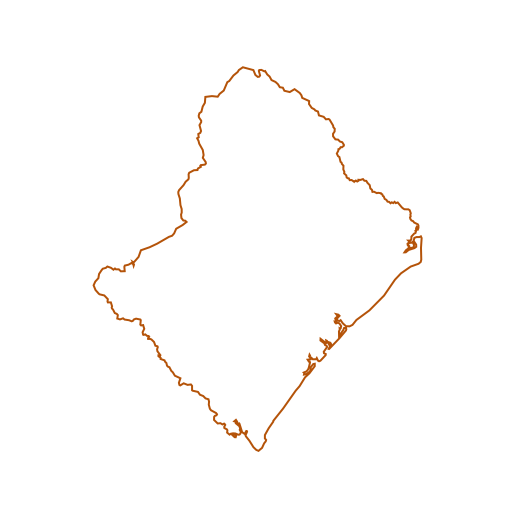 Pebane, Zambezia, Mozambique, rotated 330°
{"feature_id": "85939544B33364168787730", "entity_name": "Pebane", "entity_type": "district", "adm_level": 2, "iso_a3": "MOZ", "parent_name": "Mozambique", "parent_adm1": "Zambezia", "projection": "robinson", "projection_center": [38.512, -16.709], "detail": "fine", "context": "isolated", "style": "outline", "palette": "amber", "viewbox_px": 512, "rotation_deg": 330, "n_neighbors": 0, "source": "geoboundaries", "source_scale": "gbopen_adm2", "svg_char_len": 6150}
<svg xmlns="http://www.w3.org/2000/svg" viewBox="0 0 512 512"><g transform="rotate(330 256 256)"><path d="M122.0,190.8L120.0,191.2L116.9,190.4L115.1,191.1L111.1,193.1L108.4,196.4L104.0,197.8L100.7,200.2L100.0,205.2L101.0,210.1L101.4,211.0L104.9,214.3L106.1,219.3L104.7,221.1L104.5,222.1L107.1,223.6L106.2,227.6L105.3,228.4L105.0,229.5L105.4,230.8L105.2,234.8L106.5,236.5L106.8,238.1L104.6,240.8L106.5,242.9L109.7,243.5L110.4,245.3L114.0,248.2L115.7,250.4L116.8,250.6L118.6,249.9L120.8,250.3L124.1,253.2L124.1,254.0L121.5,257.6L121.8,258.7L123.7,259.4L122.8,263.2L119.7,265.3L118.9,267.7L119.3,268.2L120.9,268.5L121.7,270.7L123.0,271.6L123.1,272.5L121.4,273.2L121.1,273.9L122.9,274.9L123.7,276.0L124.7,279.5L124.0,283.4L125.5,284.9L125.4,285.8L123.7,287.3L123.0,289.2L123.6,294.1L123.2,294.4L121.8,293.3L121.4,294.0L122.5,296.6L121.9,297.5L124.6,300.6L124.4,302.1L124.9,303.8L124.1,306.5L124.5,308.0L125.4,309.0L125.2,313.1L125.8,315.1L125.9,319.1L129.4,324.1L125.8,327.3L125.2,329.4L125.7,330.2L129.7,330.1L132.3,333.4L135.4,334.7L135.7,336.5L133.5,340.3L133.8,341.0L137.8,344.7L138.1,348.1L140.3,350.9L141.1,354.1L143.2,356.3L142.5,358.7L140.8,361.1L139.7,365.2L139.9,367.1L142.9,372.0L143.1,373.6L142.1,374.2L140.4,373.9L139.3,374.4L137.7,377.0L139.1,381.9L141.6,383.0L142.7,385.1L144.6,385.2L144.8,385.6L144.9,386.9L143.0,388.1L142.6,389.2L144.1,391.6L144.1,392.6L142.7,394.5L143.8,397.5L145.2,397.3L147.5,398.1L149.4,399.4L151.3,401.9L152.4,402.4L153.6,402.0L154.9,400.9L155.0,398.4L156.0,397.6L156.5,395.1L154.9,390.8L155.8,390.1L154.5,388.3L156.7,387.9L156.8,390.0L156.2,392.0L156.5,392.6L157.7,392.5L157.8,393.0L155.9,401.6L157.2,404.4L160.1,402.7L160.5,403.0L160.4,403.7L157.3,406.0L157.1,407.1L157.9,412.6L158.2,420.3L159.3,424.1L160.7,426.0L165.3,425.2L169.4,422.3L171.7,421.4L172.8,420.4L172.5,418.4L174.2,415.5L180.9,411.5L188.1,408.1L188.6,407.4L203.1,401.7L223.0,392.5L228.7,390.5L237.8,385.6L243.6,384.3L251.8,380.8L253.0,378.7L251.6,378.2L247.8,379.7L245.8,382.4L244.7,383.0L241.0,383.5L238.3,382.7L239.3,381.6L239.1,380.8L242.0,381.2L244.4,380.3L246.0,379.0L249.6,375.2L249.7,374.4L249.0,374.0L248.9,371.6L251.5,372.7L252.1,371.4L251.8,369.5L253.0,368.3L253.0,369.2L252.1,369.6L251.9,370.2L253.1,371.7L253.4,373.7L256.4,375.5L257.6,374.8L257.4,377.7L258.0,378.7L259.4,378.9L266.7,376.7L267.4,375.8L266.3,374.2L266.8,372.8L272.2,370.3L272.2,369.0L271.3,367.7L271.5,365.7L269.6,361.4L270.5,360.0L273.1,366.5L273.9,366.4L274.6,364.3L275.0,364.9L275.0,370.0L276.3,369.6L276.4,367.6L277.0,368.3L277.0,369.8L276.4,370.8L273.1,372.4L272.5,372.8L272.8,373.1L286.9,369.0L296.6,365.5L297.5,364.7L298.0,363.4L296.3,362.4L294.5,363.8L288.0,366.7L290.2,362.7L291.6,361.8L292.2,360.6L292.4,361.1L293.1,361.0L294.7,359.3L294.5,356.0L293.2,354.5L291.6,354.4L291.2,353.0L291.4,352.2L292.5,353.3L293.4,349.7L296.7,349.0L296.4,346.5L298.0,348.0L298.4,349.6L295.1,350.6L294.5,351.4L294.3,352.5L295.7,354.0L297.2,353.9L297.5,357.6L298.8,361.8L301.9,363.7L305.1,363.9L311.0,361.6L327.0,359.8L347.1,354.3L364.5,346.0L372.9,343.5L384.7,342.5L392.9,344.0L395.7,343.5L397.3,341.8L403.0,331.4L408.4,323.3L408.6,321.4L407.0,321.3L404.6,319.9L402.2,319.5L400.1,321.7L400.4,326.2L399.4,328.1L397.2,328.4L391.2,327.1L387.5,327.7L386.4,327.1L388.7,326.0L392.0,325.6L393.3,323.9L392.8,322.7L393.3,321.2L396.0,320.5L395.6,318.8L397.6,319.9L399.0,319.0L400.3,316.9L404.1,315.7L405.6,315.8L407.1,314.4L406.8,313.9L407.6,313.7L408.5,312.0L409.7,311.2L409.8,312.0L408.8,313.8L409.3,314.1L410.8,312.8L411.9,310.8L412.0,309.5L409.7,306.1L409.5,304.4L408.4,303.0L408.2,301.1L408.7,299.5L409.7,299.1L410.4,297.3L411.4,296.4L412.0,293.2L411.3,291.8L408.0,289.8L407.4,288.9L406.6,286.8L405.5,280.5L403.5,280.1L403.1,278.4L401.3,278.8L400.4,277.4L398.9,277.6L398.3,275.6L397.1,274.7L397.0,272.6L396.0,270.9L396.4,268.3L395.9,267.4L396.2,265.7L395.5,264.8L395.6,264.1L393.3,262.3L392.1,262.0L390.3,259.3L388.9,258.7L389.5,256.6L388.8,254.7L389.9,251.5L389.1,248.3L389.1,246.1L387.5,245.0L387.1,242.9L384.4,242.3L382.8,241.2L382.3,242.1L380.9,242.1L380.2,240.6L379.3,240.8L378.4,240.2L378.0,240.6L376.8,238.0L375.1,237.2L375.2,235.1L374.3,234.5L373.8,233.3L374.5,231.3L373.6,228.5L374.6,227.3L374.9,224.7L376.9,221.5L376.4,219.2L376.8,217.9L376.3,216.7L377.7,212.0L377.0,210.5L377.2,207.7L380.0,205.9L380.8,204.7L381.9,205.0L383.7,204.1L384.8,204.8L387.2,204.4L387.7,203.7L387.6,200.6L385.9,198.8L385.3,196.3L383.1,194.7L382.6,190.9L383.8,188.7L386.3,187.5L387.8,185.2L387.4,183.2L388.0,181.5L387.9,174.7L387.4,173.7L384.9,172.6L384.2,169.3L380.8,165.7L381.9,161.9L380.1,159.6L379.9,158.2L378.3,155.6L377.9,150.9L379.5,148.4L375.1,142.2L375.7,139.5L375.4,136.7L372.8,130.8L367.2,130.9L363.2,127.1L363.4,123.7L361.0,121.7L360.9,118.2L359.9,115.0L357.4,111.4L357.5,107.4L356.5,104.4L356.4,100.4L355.6,100.3L353.7,97.5L351.8,96.6L351.0,97.1L349.8,101.7L348.5,102.3L347.1,101.8L346.0,98.9L346.7,93.7L339.0,86.0L334.1,86.4L332.1,87.5L326.7,88.4L320.3,91.1L318.1,91.1L310.8,96.6L305.6,97.4L302.5,98.9L297.8,95.5L291.7,92.9L288.3,97.8L284.6,99.9L280.8,103.8L278.3,104.1L276.5,105.9L275.9,107.4L276.2,111.4L275.5,112.6L272.5,114.4L270.9,120.3L269.3,121.5L267.0,121.5L265.7,124.6L263.9,124.6L263.8,127.5L263.0,130.3L262.9,137.6L261.1,142.4L259.0,144.4L259.4,149.5L258.8,150.9L257.4,151.3L253.6,149.7L252.8,150.1L252.8,151.2L249.4,151.2L248.3,152.3L245.1,150.7L239.8,150.5L238.5,151.5L236.8,154.8L235.8,155.8L232.2,156.5L228.7,158.4L222.3,160.5L220.7,161.7L219.8,163.5L218.8,168.1L216.0,174.2L215.1,178.2L213.4,181.2L211.8,182.7L210.4,185.8L210.8,188.9L212.4,190.1L212.9,191.8L207.9,192.5L200.5,192.5L196.4,195.5L193.5,196.5L190.2,195.9L176.6,195.9L168.2,195.2L159.2,193.5L153.8,198.1L147.6,200.2L146.7,200.3L146.3,199.5L146.0,202.5L145.2,203.2L145.6,201.8L144.7,199.8L141.3,199.8L137.6,198.7L136.6,199.5L134.7,203.5L131.3,201.7L130.5,198.9L128.0,197.5L127.6,196.3L125.7,196.6L124.5,193.7L122.0,190.8ZM397.6,322.4L395.5,321.4L393.5,321.6L393.2,322.8L393.7,324.1L392.7,325.9L395.8,327.1L397.2,327.0L398.3,325.5L398.5,323.7L398.4,322.2L397.6,322.4ZM147.8,402.8L148.9,401.7L148.5,400.3L147.8,399.0L145.7,398.1L146.9,402.2L147.8,402.8Z" fill="none" stroke="#b45309" stroke-width="2"/></g></svg>